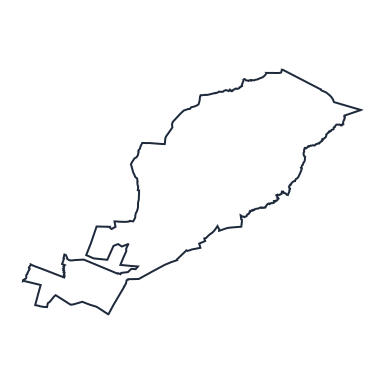 outline of Otzolotepec, México, Mexico
{"feature_id": "50627088B76807982873718", "entity_name": "Otzolotepec", "entity_type": "district", "adm_level": 2, "iso_a3": "MEX", "parent_name": "Mexico", "parent_adm1": "México", "projection": "mercator", "projection_center": [-99.535, 19.444], "detail": "fine", "context": "isolated", "style": "outline", "palette": "slate", "viewbox_px": 384, "rotation_deg": 0, "n_neighbors": 0, "source": "geoboundaries", "source_scale": "gbopen_adm2", "svg_char_len": 5922}
<svg xmlns="http://www.w3.org/2000/svg" viewBox="0 0 384 384"><path d="M266.4,72.9L266.6,73.2L264.6,75.7L262.7,77.3L261.8,77.5L261.1,77.9L260.1,78.2L257.5,79.4L255.3,79.8L254.5,80.2L253.1,80.3L251.5,80.0L251.0,80.7L250.8,80.5L250.7,80.1L250.0,80.1L249.3,80.3L248.5,80.9L248.3,80.7L246.1,80.4L245.1,79.3L244.2,79.1L243.4,79.6L243.4,81.0L242.7,82.5L242.4,83.6L241.7,85.4L242.1,85.7L242.1,86.1L241.1,86.5L240.1,87.4L239.7,87.5L239.5,87.4L239.3,87.6L239.2,88.0L238.7,88.5L237.0,88.9L235.9,88.5L234.7,89.3L234.0,89.4L232.9,90.1L232.3,91.1L231.3,91.2L231.0,90.9L230.7,90.1L230.4,89.9L230.4,90.3L229.6,90.6L229.3,90.3L228.6,90.6L228.4,91.0L227.2,90.4L226.3,90.3L225.7,90.1L225.3,90.4L224.0,90.8L223.0,91.7L222.3,91.8L219.7,91.8L218.9,91.6L217.9,92.4L215.7,93.2L215.3,93.2L214.9,92.9L214.1,93.3L211.0,94.0L210.2,94.3L206.6,95.0L205.7,94.8L204.8,95.0L204.3,94.9L201.8,95.3L200.6,95.2L200.0,96.8L199.6,100.6L198.6,104.3L197.0,105.4L194.4,106.5L191.3,107.2L189.8,109.0L188.1,109.0L183.7,110.6L180.2,113.9L172.7,122.0L172.0,124.4L172.4,127.5L165.9,136.7L165.3,138.7L164.8,144.0L163.2,144.1L149.0,143.0L146.9,143.1L142.3,142.9L142.1,143.1L141.6,144.3L140.5,146.5L139.8,149.0L138.7,150.0L138.3,151.1L138.7,151.9L138.2,153.4L137.9,155.2L136.4,157.4L134.5,158.4L131.9,162.3L130.9,164.4L131.2,165.1L132.5,169.9L133.5,173.1L134.4,174.8L135.3,177.1L137.0,178.3L137.3,179.4L137.4,181.2L137.7,181.7L137.3,182.5L137.7,185.6L138.2,186.5L137.8,190.2L139.1,190.4L138.9,196.9L138.8,197.3L138.9,198.5L138.3,201.8L138.0,202.9L138.0,207.2L137.3,210.3L136.7,211.7L135.9,213.0L135.5,214.5L135.3,215.6L135.2,217.7L133.2,221.4L129.7,220.9L129.6,221.3L128.5,221.6L125.6,221.9L119.3,221.7L115.9,221.4L114.5,221.4L115.5,226.9L113.8,227.7L112.3,228.7L111.5,229.0L109.1,227.0L109.3,226.8L96.6,226.5L90.8,243.5L86.2,255.1L93.7,258.4L107.3,259.8L113.5,245.9L118.0,244.1L118.5,244.3L121.8,246.5L127.7,244.3L128.6,243.6L126.8,247.3L126.1,249.0L126.3,250.9L126.2,251.4L123.4,257.6L120.4,264.9L128.3,265.7L137.9,266.5L135.6,269.2L131.4,268.8L127.9,272.1L121.2,272.9L120.5,274.2L118.2,273.2L117.2,273.3L117.2,273.5L83.8,259.6L73.9,260.1L73.4,260.3L71.5,260.5L69.5,260.2L68.8,259.9L67.3,258.9L66.8,257.1L65.8,255.0L64.4,254.5L63.5,258.3L64.0,258.5L62.1,264.0L64.7,265.1L63.9,265.6L63.6,266.2L64.2,266.4L63.7,268.2L63.4,268.1L63.2,268.6L63.9,268.8L63.3,270.3L64.2,270.7L63.6,272.2L64.5,272.6L63.9,274.2L64.3,274.4L63.7,275.8L64.6,276.2L64.2,277.5L41.7,268.8L35.7,266.6L31.9,265.1L31.8,264.9L30.7,264.4L30.7,264.9L30.5,265.3L28.9,267.5L28.8,267.8L29.0,268.1L29.6,268.5L29.7,268.9L27.4,273.1L27.5,273.5L27.4,273.8L27.1,274.2L26.3,275.0L26.2,275.3L26.3,276.6L26.3,277.7L26.0,278.4L23.3,280.0L23.1,280.1L23.0,281.0L23.3,280.8L40.7,285.0L38.4,293.1L35.2,305.1L39.1,305.9L39.7,306.2L43.6,306.9L47.0,307.1L47.8,303.3L48.2,302.8L49.6,302.1L53.6,297.1L54.9,295.7L55.7,295.2L70.6,304.7L73.4,304.4L82.3,301.8L89.8,304.7L96.0,306.6L97.6,307.4L108.2,314.3L108.5,314.2L113.6,304.7L124.3,286.6L124.1,286.5L126.0,283.5L126.5,280.7L127.0,280.0L128.1,279.7L128.2,279.2L138.7,279.0L152.9,271.2L164.8,264.8L171.3,262.1L177.2,260.1L177.0,259.4L186.5,250.3L187.6,250.9L190.0,250.2L191.7,249.5L200.4,247.8L199.2,243.6L205.2,241.0L204.3,238.5L206.3,237.8L208.8,235.2L212.8,232.2L214.5,230.4L217.5,226.1L218.3,227.9L218.7,228.3L219.1,229.1L219.1,230.8L227.0,228.1L230.2,227.6L241.3,226.7L241.9,221.7L241.9,219.6L241.2,219.2L240.7,215.4L242.7,216.7L243.5,216.6L244.4,217.2L244.7,217.0L244.8,216.7L245.9,216.5L246.6,216.1L247.3,214.5L247.7,214.2L248.5,214.2L249.4,212.6L249.9,212.4L249.9,212.1L249.7,211.5L250.2,210.8L250.8,211.0L252.1,210.8L252.5,210.4L252.3,210.1L252.9,209.8L253.3,210.3L254.1,210.0L254.6,209.4L255.0,209.3L255.9,208.8L258.0,208.6L260.7,207.4L261.3,208.0L261.7,208.0L262.3,207.5L263.3,207.9L264.5,207.3L265.0,207.7L265.8,206.8L266.3,205.6L267.6,204.0L268.8,203.5L269.2,204.1L269.6,204.2L269.9,203.8L269.8,203.6L271.7,203.0L272.0,203.2L272.6,203.1L273.8,202.7L273.8,201.8L274.4,201.8L274.1,201.0L274.7,200.9L275.0,201.4L275.4,201.1L275.8,201.1L276.0,200.7L276.5,200.7L277.4,200.0L277.5,199.2L278.2,199.0L278.6,198.6L278.1,197.8L277.4,198.1L277.1,196.5L276.3,195.2L277.7,194.6L278.1,195.0L279.1,195.1L279.6,194.6L280.2,194.6L281.3,194.1L281.3,193.4L281.8,192.8L281.9,191.6L283.0,191.5L283.5,192.0L283.4,192.9L285.6,193.4L287.0,194.9L287.4,194.7L287.9,194.9L289.4,191.4L289.3,190.3L290.0,189.2L290.1,188.7L289.5,188.4L289.3,188.1L289.3,187.0L289.0,186.7L289.7,185.3L290.4,185.1L290.3,184.5L291.3,183.9L291.5,183.1L293.0,181.7L294.5,181.0L295.1,181.0L295.2,180.2L296.1,178.9L297.2,178.3L298.4,176.9L300.2,173.0L301.5,169.7L301.8,168.6L301.3,168.3L301.0,167.8L301.6,167.4L301.5,167.1L301.8,166.0L302.3,165.1L302.8,164.8L303.3,163.5L303.4,162.7L304.3,161.8L304.6,161.1L305.0,159.0L304.8,157.2L305.1,156.8L303.9,155.6L303.5,153.4L304.2,151.4L304.0,150.8L304.2,149.5L304.8,148.7L304.6,148.2L305.0,147.8L306.2,148.3L307.5,147.1L308.4,146.8L308.3,146.2L308.7,146.0L309.4,146.3L310.5,145.6L310.9,145.8L313.2,145.2L313.7,145.4L314.7,145.5L315.9,144.2L316.3,144.1L316.6,144.2L317.4,143.8L317.8,143.7L318.3,143.3L319.2,143.4L319.5,142.6L320.0,142.6L321.6,141.1L321.7,140.7L322.3,140.8L322.6,140.3L322.2,139.7L322.2,139.3L322.4,139.0L324.0,138.7L324.7,137.8L325.5,137.5L326.4,135.4L326.2,134.6L327.5,133.3L328.4,132.6L328.6,132.1L329.0,132.2L329.3,131.4L330.0,131.5L330.3,130.9L330.9,131.0L331.6,129.9L333.6,129.2L333.8,127.3L334.9,127.0L335.6,125.4L336.6,124.6L338.1,124.7L339.2,124.5L339.9,124.9L340.7,124.9L340.9,125.2L341.4,124.8L341.9,125.3L342.5,124.5L343.3,124.3L343.1,122.3L343.9,120.1L344.4,119.6L344.3,118.9L344.9,117.6L344.3,116.6L344.6,116.4L344.4,115.8L344.5,115.5L345.0,115.6L345.9,115.1L359.1,110.6L360.8,110.1L361.0,110.0L334.0,102.1L332.8,99.2L331.4,97.1L330.4,96.0L329.1,94.8L325.9,92.3L321.6,90.5L320.8,89.8L320.8,89.3L319.9,89.0L283.0,69.9L281.8,69.7L281.7,70.6L281.2,72.2L280.8,72.7L280.3,72.8L277.9,73.0L266.4,72.9Z" fill="none" stroke="#1e293b" stroke-width="2"/></svg>